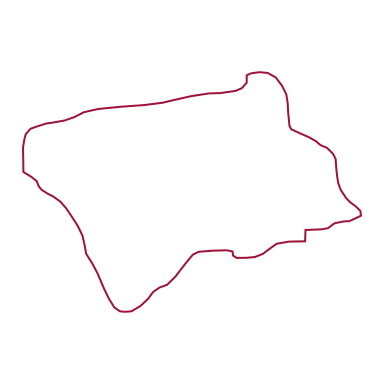 the district of Douigni, Nyanga, Gabon
{"feature_id": "22940354B25852434445694", "entity_name": "Douigni", "entity_type": "district", "adm_level": 2, "iso_a3": "GAB", "parent_name": "Gabon", "parent_adm1": "Nyanga", "projection": "orthographic", "projection_center": [10.944, -2.448], "detail": "fine", "context": "isolated", "style": "outline", "palette": "rose", "viewbox_px": 384, "rotation_deg": 0, "n_neighbors": 0, "source": "geoboundaries", "source_scale": "gbopen_adm2", "svg_char_len": 1295}
<svg xmlns="http://www.w3.org/2000/svg" viewBox="0 0 384 384"><path d="M305.1,241.3L305.5,230.0L321.8,229.3L327.9,228.2L334.5,223.3L343.2,221.5L349.5,221.1L361.0,215.7L360.4,211.0L355.5,206.1L350.6,202.6L346.3,198.3L340.8,190.1L338.3,183.4L337.2,176.7L336.3,168.4L335.6,158.9L332.9,153.7L327.1,147.9L320.5,145.1L315.6,141.0L309.1,137.3L300.9,133.7L291.3,129.3L289.5,126.1L288.1,111.6L287.7,103.2L286.3,94.3L281.9,85.6L275.6,77.3L267.6,72.9L259.2,72.2L251.2,73.3L246.7,75.3L246.7,82.7L241.8,88.2L235.5,90.9L220.0,93.1L209.2,93.4L191.4,96.1L174.9,99.8L162.7,102.7L144.6,105.0L120.1,106.8L98.0,109.0L83.9,112.2L74.3,117.1L64.6,120.5L53.2,122.5L51.5,122.8L46.3,123.5L36.6,126.6L30.6,128.7L25.7,134.2L24.3,139.7L23.0,147.4L23.2,157.3L23.3,162.8L23.4,172.0L31.4,176.9L36.5,180.9L39.0,186.7L41.6,189.8L47.7,193.7L53.3,196.5L60.4,201.7L66.0,208.1L71.5,216.2L77.7,225.8L82.4,235.5L84.4,244.0L86.2,253.8L92.4,263.7L97.6,273.5L104.0,288.6L109.0,298.9L114.3,307.4L119.9,311.3L125.0,311.8L131.5,311.3L140.4,306.0L148.0,298.9L153.1,292.0L159.6,287.5L167.1,284.8L175.6,276.4L184.7,264.5L192.8,254.7L198.6,251.8L212.1,250.7L226.9,250.3L232.5,251.4L233.1,255.6L236.7,257.9L246.7,257.8L254.9,257.0L262.8,253.9L270.3,248.3L276.6,243.8L289.0,241.6L305.1,241.3Z" fill="none" stroke="#9f1239" stroke-width="2"/></svg>